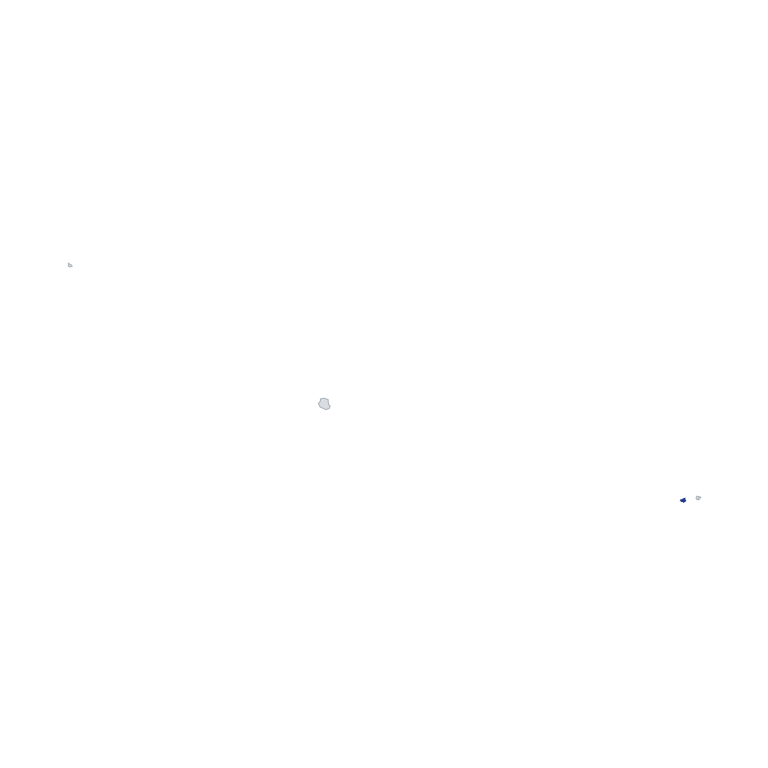 Weno, Chuuk, Federated States of Micronesia shown in context, rotated 190°
{"feature_id": "79324940B39467357025683", "entity_name": "Weno", "entity_type": "district", "adm_level": 2, "iso_a3": "FSM", "parent_name": "Federated States of Micronesia", "parent_adm1": "Chuuk", "projection": "mercator", "projection_center": [151.86, 7.44], "detail": "medium", "context": "in_parent", "style": "filled", "palette": "blue", "viewbox_px": 768, "rotation_deg": 190, "n_neighbors": 0, "source": "geoboundaries", "source_scale": "gbopen_adm2", "svg_char_len": 1518}
<svg xmlns="http://www.w3.org/2000/svg" viewBox="0 0 768 768"><g transform="rotate(190 384 384)"><path d="M444.0,358.3L440.6,359.6L436.4,359.0L435.1,354.2L433.2,353.0L433.6,350.6L436.6,348.7L442.9,350.2L445.2,353.6L443.7,355.9L444.0,358.3ZM56.7,327.1L56.2,327.9L52.7,327.6L52.2,327.2L52.5,326.8L54.2,326.5L54.4,325.4L53.5,325.2L54.2,324.6L55.6,324.5L56.4,325.2L56.9,326.1L56.7,327.1ZM715.2,445.2L715.8,448.1L712.1,446.7L711.6,445.7L713.8,444.7L715.2,445.2ZM70.3,322.1L69.3,322.4L68.8,322.1L69.0,320.6L69.3,320.1L70.3,320.0L72.0,320.4L72.1,320.8L70.3,322.1Z" fill="#d9dde1" stroke="#a8b0b8" stroke-width="1"/><path d="M67.9,320.9L68.0,321.1L67.9,321.1L68.0,321.1L67.9,321.2L67.8,321.3L68.0,321.3L67.9,321.5L67.7,321.9L67.9,322.1L67.9,322.3L68.0,322.3L67.9,322.4L68.0,322.5L67.9,322.5L67.9,322.8L68.0,323.1L68.0,323.3L68.2,323.2L68.3,323.0L68.6,322.9L68.8,322.9L68.9,322.7L69.0,322.7L68.9,322.7L69.1,322.6L69.3,322.5L69.3,322.4L69.2,322.4L69.2,322.2L69.0,322.3L68.8,322.2L69.0,322.1L69.1,322.3L69.3,322.1L69.5,321.8L69.7,321.7L69.8,321.8L69.9,321.7L70.0,321.5L70.3,321.3L70.9,321.3L71.2,321.4L71.4,321.2L71.3,320.9L71.2,320.9L70.9,320.9L70.5,321.0L70.2,320.8L69.8,320.8L69.8,320.7L70.2,320.5L70.2,320.4L70.0,320.5L69.5,320.6L69.3,320.5L69.3,320.4L69.3,320.5L69.2,320.5L69.3,320.4L69.2,320.4L69.2,320.5L69.1,320.8L68.9,320.9L68.8,321.0L68.7,320.8L68.9,320.7L69.0,320.6L69.0,320.4L68.9,320.2L68.6,320.1L68.4,319.9L67.6,320.7L67.8,320.7L68.0,320.9L67.9,320.9Z" fill="#3b82f6" stroke="#1e3a8a" stroke-width="1.5"/></g></svg>